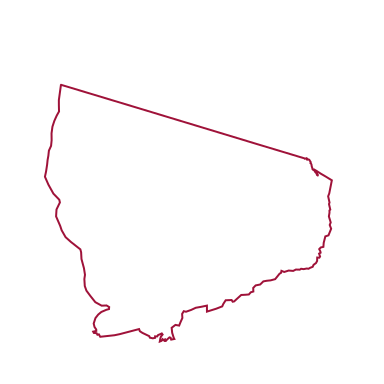 outline of Muynak, Karakalpakstan, Uzbekistan, rotated 345°
{"feature_id": "79887680B8314614924968", "entity_name": "Muynak", "entity_type": "district", "adm_level": 2, "iso_a3": "UZB", "parent_name": "Uzbekistan", "parent_adm1": "Karakalpakstan", "projection": "robinson", "projection_center": [59.714, 44.364], "detail": "fine", "context": "isolated", "style": "outline", "palette": "rose", "viewbox_px": 384, "rotation_deg": 345, "n_neighbors": 0, "source": "geoboundaries", "source_scale": "gbopen_adm2", "svg_char_len": 2520}
<svg xmlns="http://www.w3.org/2000/svg" viewBox="0 0 384 384"><g transform="rotate(345 192 192)"><path d="M241.3,297.1L245.1,297.7L249.8,297.7L255.4,293.6L257.1,293.1L258.0,291.3L260.4,293.1L265.1,292.9L269.3,294.4L272.3,293.8L276.0,294.9L277.5,294.4L279.9,295.4L283.0,295.6L284.7,296.3L286.5,295.8L289.2,295.5L290.6,293.8L293.4,292.7L295.0,291.0L296.0,287.7L298.0,288.4L299.0,287.5L298.8,284.4L300.5,283.9L300.6,282.6L300.1,280.1L302.0,278.9L304.7,279.0L306.1,275.1L309.3,269.4L312.6,269.2L316.9,263.5L316.5,259.5L318.1,257.3L317.9,251.0L319.4,247.7L320.0,245.4L321.0,244.8L321.2,239.1L322.1,237.8L322.4,231.4L324.2,228.9L330.1,216.9L323.9,210.4L321.2,207.7L317.6,203.7L317.0,203.1L317.2,204.3L317.6,204.6L317.6,207.3L318.0,208.2L317.7,208.5L317.2,208.0L317.0,206.1L316.1,204.4L316.0,204.0L316.4,203.6L316.3,203.2L315.2,202.4L314.5,201.6L314.3,201.1L314.4,200.5L314.3,198.0L314.5,196.5L314.3,195.3L313.9,194.7L314.4,193.9L313.6,191.2L312.7,190.6L312.2,190.2L312.0,190.6L311.6,190.6L311.4,190.4L311.4,189.9L311.7,189.4L311.4,189.0L309.6,189.1L309.3,188.6L287.5,175.1L266.5,162.1L159.8,95.8L139.3,83.1L115.9,68.6L93.3,54.6L93.1,54.7L87.2,68.7L85.8,74.0L84.4,79.8L81.1,83.2L77.5,87.6L74.1,92.8L71.5,99.0L69.8,105.7L67.8,111.0L64.5,115.0L62.6,119.9L60.8,123.7L59.2,127.9L56.4,134.3L53.9,139.2L55.2,147.7L57.7,157.7L61.8,165.1L61.7,167.9L56.6,173.8L54.4,180.4L55.9,190.6L56.2,195.3L58.2,202.9L62.1,208.9L69.3,218.5L69.3,221.5L67.9,228.1L67.9,232.7L67.9,237.7L67.2,244.3L65.5,248.2L64.1,255.1L64.5,260.0L67.0,266.3L70.1,273.4L75.3,278.4L80.1,279.5L82.2,281.7L81.5,283.6L78.9,283.6L73.4,284.4L69.7,286.1L66.1,288.8L63.0,293.6L62.9,297.1L63.9,300.0L63.6,301.4L60.4,301.3L60.7,302.7L63.3,303.7L63.7,305.4L65.2,305.4L65.9,308.1L80.1,310.3L85.4,310.6L105.4,310.7L105.6,313.0L107.7,315.3L113.4,320.2L113.6,321.8L116.3,323.2L118.6,323.3L119.0,321.9L121.0,322.5L122.2,321.4L123.8,321.2L126.2,320.8L126.7,322.1L124.6,323.6L123.5,325.3L122.2,328.1L124.0,327.9L125.5,326.6L125.9,327.5L127.6,327.4L127.1,328.8L128.1,329.1L129.8,328.0L132.6,326.6L133.6,327.2L133.7,329.2L136.9,329.4L136.6,327.9L136.4,322.9L137.2,317.9L141.6,316.1L145.0,317.7L147.1,314.9L150.1,311.2L150.9,307.2L153.2,305.0L155.2,306.1L160.6,305.7L165.7,304.8L171.4,305.3L177.0,305.6L175.5,311.4L185.2,311.0L191.6,310.3L193.3,308.2L196.5,305.3L202.3,306.6L202.9,308.5L204.4,308.6L207.8,306.8L212.9,304.2L216.6,305.0L220.4,305.7L222.8,304.1L225.5,304.0L226.3,300.5L229.3,298.7L233.9,299.0L237.8,296.8L241.3,297.1Z" fill="none" stroke="#9f1239" stroke-width="2"/></g></svg>